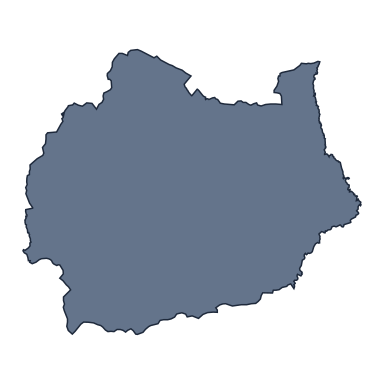 outline of Kono, Eastern, Sierra Leone
{"feature_id": "65957751B39294828597109", "entity_name": "Kono", "entity_type": "district", "adm_level": 2, "iso_a3": "SLE", "parent_name": "Sierra Leone", "parent_adm1": "Eastern", "projection": "orthographic", "projection_center": [-10.815, 8.706], "detail": "fine", "context": "isolated", "style": "filled", "palette": "slate", "viewbox_px": 384, "rotation_deg": 0, "n_neighbors": 0, "source": "geoboundaries", "source_scale": "gbopen_adm2", "svg_char_len": 5912}
<svg xmlns="http://www.w3.org/2000/svg" viewBox="0 0 384 384"><path d="M290.7,283.9L293.9,288.6L294.5,286.9L294.5,285.8L293.9,284.7L295.2,283.4L294.7,282.4L293.8,281.4L294.5,280.3L296.7,280.2L297.7,279.2L297.9,278.1L297.1,276.4L297.1,275.2L297.5,274.3L300.9,275.9L302.2,274.0L301.6,273.6L302.1,272.3L300.0,270.4L299.6,268.8L300.1,267.4L301.3,265.6L302.3,260.2L304.1,259.1L304.7,258.2L304.8,257.2L304.2,256.2L304.3,254.7L305.3,253.4L306.3,254.7L307.0,254.3L308.0,253.1L309.6,253.4L311.3,252.7L312.3,251.6L313.8,246.7L315.5,243.8L317.7,242.5L318.6,243.1L319.6,242.9L319.5,240.5L320.1,239.0L319.8,237.9L320.0,236.4L319.0,234.2L319.2,233.5L320.3,232.9L321.5,231.6L323.3,232.1L324.2,232.8L325.1,232.8L325.3,231.1L325.7,230.9L326.6,231.2L328.1,229.9L330.2,229.7L331.1,229.0L332.0,226.8L333.4,226.3L334.3,226.2L335.9,226.8L336.5,226.7L340.1,224.9L340.8,225.3L341.5,226.5L343.0,227.0L343.6,226.3L344.1,224.6L350.2,222.7L350.9,222.1L350.3,220.9L350.5,220.1L351.4,219.1L355.5,217.0L356.1,215.1L357.4,214.7L358.5,213.7L358.6,213.1L358.0,212.1L356.6,210.8L358.1,209.1L358.1,206.6L359.0,205.2L359.6,204.7L360.5,205.7L361.0,204.8L360.4,204.1L360.8,202.2L359.0,200.8L358.2,199.2L357.2,200.5L356.3,200.7L356.9,198.4L356.7,197.0L357.3,196.4L356.9,195.8L355.9,196.2L355.2,195.9L354.6,194.3L353.8,194.5L353.6,193.3L351.6,191.4L349.5,191.9L349.5,191.0L350.0,190.4L350.1,189.5L348.4,190.0L347.8,189.5L348.1,188.0L348.9,187.9L349.0,187.6L349.2,185.1L347.3,184.1L346.9,183.0L346.0,182.2L345.4,180.4L346.0,179.1L347.3,178.6L348.6,179.0L349.2,178.4L348.7,177.7L347.4,177.6L345.9,178.5L345.2,178.3L344.7,177.7L343.9,178.0L343.6,178.7L343.2,178.4L343.3,177.1L343.9,176.5L343.9,176.0L343.0,174.1L342.9,171.7L341.6,168.2L340.3,162.5L339.3,161.8L338.5,161.9L338.2,161.0L336.8,160.7L335.4,159.5L334.9,158.4L333.6,157.7L333.7,156.6L332.6,156.0L332.6,155.0L332.2,154.6L331.0,154.4L330.5,155.2L329.2,155.7L329.0,156.6L328.2,155.2L326.8,153.9L324.6,154.4L324.6,153.8L325.3,152.4L324.2,149.8L325.8,147.7L325.4,147.2L325.8,146.7L325.2,145.7L325.5,145.0L325.0,144.3L325.3,143.4L325.0,139.5L325.3,138.8L324.3,138.1L324.2,135.2L323.5,135.1L323.7,133.9L322.6,132.6L322.0,129.1L321.3,128.7L320.7,127.1L321.1,126.4L321.0,125.6L321.4,125.5L321.4,125.1L320.6,123.0L320.2,122.9L320.0,123.3L319.4,122.7L319.7,121.4L318.9,120.8L319.2,118.7L318.8,118.2L319.5,115.9L319.4,115.1L319.9,114.5L319.0,112.5L319.2,111.6L319.0,109.6L318.1,108.7L318.0,107.4L318.4,106.5L317.5,105.8L316.5,105.5L316.9,105.0L316.2,103.6L316.3,102.6L315.7,102.1L316.3,101.7L315.9,101.4L316.0,100.4L315.3,97.5L314.3,95.7L313.7,95.9L313.9,95.1L315.3,95.0L315.3,93.3L314.3,93.4L314.0,92.7L313.9,91.8L314.2,91.0L313.4,88.3L313.6,85.5L312.9,83.7L313.6,80.5L314.0,80.2L314.4,79.3L315.0,79.2L315.0,78.1L314.1,77.7L313.8,76.3L314.4,74.8L316.3,74.1L316.1,73.3L317.2,73.7L317.5,72.6L316.8,70.6L317.4,69.6L317.3,68.7L316.8,68.0L318.1,66.6L318.1,65.8L319.0,64.4L319.8,61.8L317.9,61.4L313.9,63.1L310.7,63.6L308.2,63.3L306.4,63.8L301.4,63.3L299.9,65.4L293.9,69.9L282.1,72.5L280.1,73.5L279.9,76.0L278.6,76.0L277.9,78.6L278.6,81.4L276.9,86.2L274.1,90.3L274.1,92.5L276.9,92.8L279.9,93.5L281.4,96.1L281.9,104.5L275.6,104.0L270.8,104.0L265.6,104.5L261.1,106.0L257.6,105.0L256.6,102.9L253.8,103.7L250.9,105.2L248.9,104.5L245.9,102.4L243.1,102.4L241.1,100.9L237.9,101.2L234.2,104.8L224.3,104.0L220.3,103.2L218.0,99.9L217.2,99.3L215.8,98.9L214.7,97.5L212.5,97.9L208.9,99.5L208.2,99.0L206.9,98.7L205.6,99.5L205.4,99.0L205.6,97.2L203.6,96.3L202.7,95.4L198.7,90.4L197.4,89.2L197.2,89.2L192.0,95.6L191.6,95.7L188.8,92.5L187.6,90.3L186.9,89.7L186.5,88.5L184.9,86.7L184.2,84.2L191.0,76.0L185.7,73.0L182.2,70.2L176.1,67.9L172.3,65.6L169.3,64.6L160.6,60.0L156.8,56.2L154.0,57.8L141.3,51.2L137.5,49.6L130.7,50.4L128.2,52.4L127.5,55.5L122.2,53.4L119.0,53.4L114.4,58.7L112.4,62.3L112.2,66.9L110.4,70.7L107.4,73.5L107.2,75.7L108.2,79.3L109.7,79.3L111.2,80.8L111.7,87.7L110.4,89.7L106.9,91.7L103.9,93.0L103.1,96.0L103.6,99.3L102.0,102.4L99.0,104.4L96.5,109.2L92.0,103.4L86.7,102.9L82.4,106.2L78.4,105.2L74.2,103.1L72.7,104.9L68.4,105.7L67.9,106.9L65.1,110.5L64.4,112.0L61.6,114.0L62.4,115.5L63.9,114.0L63.1,117.6L61.9,118.6L62.9,121.4L60.9,124.2L56.6,132.0L47.6,132.8L46.0,134.8L46.0,139.1L45.5,143.7L42.5,147.5L43.8,153.1L42.8,155.4L37.2,158.7L30.0,165.0L30.2,169.1L29.4,171.3L29.4,174.6L27.4,175.6L26.9,178.2L26.7,182.0L27.2,184.5L25.7,187.6L26.7,190.4L25.9,193.7L29.6,203.2L32.6,207.5L32.6,208.2L25.8,209.6L25.6,211.2L26.3,214.3L27.0,215.0L26.7,216.5L25.8,216.3L26.0,218.3L24.9,220.2L25.2,220.7L25.0,222.0L25.5,224.4L26.4,224.8L26.2,227.0L27.4,229.6L27.7,232.7L28.7,232.6L28.9,233.8L29.5,234.5L29.2,235.8L30.4,238.8L30.4,240.8L31.0,242.1L29.9,243.0L30.0,245.9L28.4,247.9L25.1,250.3L23.5,249.7L23.0,250.8L24.3,252.8L26.8,254.3L27.9,257.6L28.4,260.7L30.2,260.7L29.7,262.2L32.2,263.7L36.0,262.2L39.2,259.7L41.5,258.7L46.5,258.3L48.7,258.8L50.4,259.6L51.6,260.7L52.6,262.8L53.8,264.0L56.8,265.5L58.1,264.8L59.8,265.0L63.1,270.4L63.3,273.9L59.8,278.2L63.1,280.8L66.3,284.8L68.6,286.9L70.6,289.9L63.5,297.0L63.5,300.6L64.5,304.1L63.3,307.2L64.3,310.7L67.5,318.8L67.5,322.1L66.8,326.4L68.3,330.5L72.3,334.1L75.1,331.3L80.8,324.2L83.6,322.1L88.1,322.2L93.6,322.9L97.7,324.7L100.7,325.5L102.7,327.0L105.4,330.0L107.9,331.6L111.0,331.3L114.0,331.6L117.0,329.5L120.3,329.5L123.0,330.3L125.6,332.1L127.7,330.3L130.9,328.8L133.2,330.6L135.7,334.1L137.4,334.4L143.0,332.3L145.5,329.3L148.8,326.5L150.8,325.5L158.0,323.7L160.1,320.4L163.6,319.7L167.8,319.7L171.1,318.9L174.6,317.1L176.6,314.1L178.1,313.6L181.9,312.8L185.7,314.1L187.2,316.9L192.2,315.9L198.5,318.4L203.0,314.4L207.5,312.6L213.3,312.1L217.3,312.3L217.3,310.0L215.8,307.8L219.6,305.0L222.8,303.9L225.6,303.7L232.4,306.0L241.4,304.7L246.7,304.7L251.4,303.7L255.7,303.4L258.2,301.4L260.4,299.0L261.2,295.6L262.7,292.8L272.5,293.0L273.3,290.2L276.0,290.2L279.1,289.7L282.2,287.4L286.7,286.4L288.0,284.9L290.7,283.9Z" fill="#64748b" stroke="#1e293b" stroke-width="1.5"/></svg>